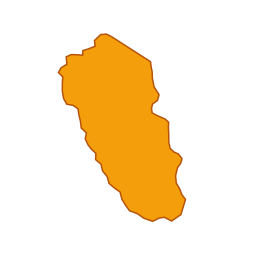 Santa Rosa de Lima, Sergipe, Brazil, rotated 210°
{"feature_id": "56859067B31979699807440", "entity_name": "Santa Rosa de Lima", "entity_type": "district", "adm_level": 2, "iso_a3": "BRA", "parent_name": "Brazil", "parent_adm1": "Sergipe", "projection": "orthographic", "projection_center": [-37.236, -10.632], "detail": "fine", "context": "isolated", "style": "filled", "palette": "amber", "viewbox_px": 256, "rotation_deg": 210, "n_neighbors": 0, "source": "geoboundaries", "source_scale": "gbopen_adm2", "svg_char_len": 1011}
<svg xmlns="http://www.w3.org/2000/svg" viewBox="0 0 256 256"><g transform="rotate(210 128 128)"><path d="M177.4,115.1L172.6,110.1L168.5,104.6L161.5,102.9L159.6,97.2L154.1,93.4L149.8,91.6L143.1,89.9L140.2,84.4L133.3,83.2L128.5,78.1L121.6,75.4L116.7,70.5L109.3,69.2L102.9,68.6L97.6,63.2L90.7,59.5L85.2,57.1L77.0,58.5L69.1,57.8L60.0,59.5L55.9,65.6L52.0,68.8L43.7,69.3L38.9,79.5L42.5,94.9L48.2,97.3L52.5,100.9L58.6,104.4L62.9,110.4L65.3,118.3L64.7,123.9L66.0,128.5L71.3,130.7L76.3,130.2L81.3,131.4L85.2,135.6L89.9,143.4L93.6,149.2L95.6,153.2L100.0,154.3L107.5,153.5L114.6,153.1L117.5,156.8L118.7,161.1L116.3,166.5L117.7,172.3L126.0,176.7L131.8,183.3L135.0,188.5L138.4,192.4L141.7,196.7L188.6,198.9L193.9,198.4L198.4,195.2L200.8,187.0L197.4,182.3L202.0,176.5L205.8,172.5L203.7,168.4L208.5,166.1L214.0,163.1L217.1,158.7L212.8,152.6L216.1,146.7L215.9,141.2L210.1,139.7L207.2,133.9L203.4,127.2L198.6,121.4L193.0,118.0L186.5,120.2L180.7,119.5L177.4,115.1Z" fill="#f59e0b" stroke="#b45309" stroke-width="1.5"/></g></svg>